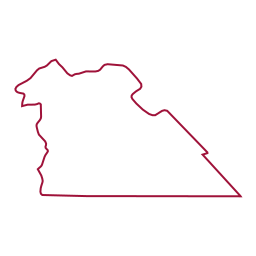 outline of Amman
{"feature_id": "JOR-851", "entity_name": "Amman", "entity_type": "Province", "adm_level": 1, "iso_a3": "JOR", "parent_name": "Jordan", "parent_adm1": "", "projection": "robinson", "projection_center": [36.094, 31.647], "detail": "fine", "context": "isolated", "style": "outline", "palette": "rose", "viewbox_px": 256, "rotation_deg": 0, "n_neighbors": 0, "source": "natural_earth", "source_scale": "10m", "svg_char_len": 1269}
<svg xmlns="http://www.w3.org/2000/svg" viewBox="0 0 256 256"><path d="M208.2,152.9L202.6,154.6L221.5,175.3L240.4,196.0L240.6,196.3L86.0,196.1L42.3,195.0L40.9,193.7L40.4,191.7L40.7,188.3L41.3,185.9L42.4,182.5L42.7,181.0L42.3,178.7L41.3,175.5L37.8,169.2L39.4,167.7L40.3,167.0L41.4,165.8L42.0,164.7L44.5,157.0L45.4,155.1L47.4,152.2L47.9,151.1L47.6,150.0L46.5,148.9L45.6,147.8L45.5,146.5L46.0,145.2L46.1,143.6L45.2,141.4L38.9,134.6L37.9,131.9L36.8,127.5L36.5,125.8L36.7,124.3L37.5,123.0L39.9,120.0L40.8,118.4L41.1,116.8L40.8,104.4L39.8,103.5L38.8,103.3L37.0,104.1L34.8,104.6L27.5,104.7L22.1,106.1L22.3,103.0L22.7,101.2L24.5,96.0L24.3,94.5L23.4,93.6L20.1,93.0L18.2,92.5L16.7,91.7L15.7,90.5L15.4,88.9L16.4,87.0L18.5,85.1L26.9,80.7L30.5,78.1L37.0,70.3L39.2,68.5L44.7,66.8L46.9,65.5L51.4,61.1L55.7,59.7L59.0,64.1L62.4,67.3L67.3,73.3L70.1,75.3L72.0,75.9L74.8,74.3L76.6,73.9L78.9,73.7L86.0,71.4L95.2,71.5L98.2,70.9L100.1,69.7L102.8,66.4L104.5,64.9L107.6,64.2L122.9,65.5L125.9,66.9L128.9,69.4L137.0,78.5L141.2,84.0L141.4,86.7L140.1,88.8L136.1,91.3L132.8,94.0L131.7,95.5L131.5,97.1L132.4,99.0L136.3,103.5L142.8,109.6L149.1,114.0L152.5,115.2L155.2,115.2L162.0,110.9L164.5,110.2L167.2,110.8L207.7,152.7L208.1,152.9L208.2,152.9Z" fill="none" stroke="#9f1239" stroke-width="2"/></svg>